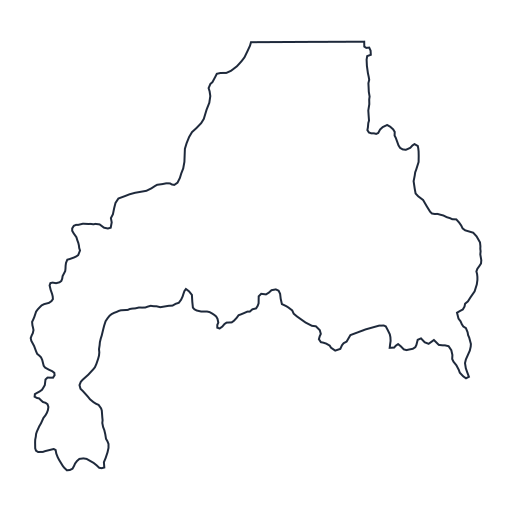 the district of Aurora do Pará, Pará, Brazil
{"feature_id": "56859067B35276359605385", "entity_name": "Aurora do Pará", "entity_type": "district", "adm_level": 2, "iso_a3": "BRA", "parent_name": "Brazil", "parent_adm1": "Pará", "projection": "natural_earth1", "projection_center": [-47.772, -2.26], "detail": "fine", "context": "isolated", "style": "outline", "palette": "slate", "viewbox_px": 512, "rotation_deg": 0, "n_neighbors": 0, "source": "geoboundaries", "source_scale": "gbopen_adm2", "svg_char_len": 5565}
<svg xmlns="http://www.w3.org/2000/svg" viewBox="0 0 512 512"><path d="M418.3,148.6L417.8,146.0L414.5,144.1L412.4,145.5L410.3,147.8L407.7,149.0L405.8,149.8L402.7,149.4L400.1,147.9L398.5,145.4L395.8,137.9L394.6,135.6L394.7,131.9L393.2,129.4L390.2,126.7L387.1,125.0L382.7,127.1L380.1,129.5L378.2,133.0L376.2,133.9L373.8,133.3L371.2,133.3L368.9,132.5L367.4,130.1L367.9,127.4L368.3,123.0L369.0,120.6L368.6,115.1L368.3,110.5L369.3,104.2L369.2,99.4L369.6,96.6L368.8,91.8L368.6,87.1L368.4,83.2L369.2,79.8L368.7,76.8L367.9,73.1L366.9,65.9L366.6,59.6L367.2,56.1L370.8,54.8L370.6,50.7L369.2,47.6L366.3,47.9L364.3,46.6L364.2,41.7L310.3,41.9L308.0,41.9L251.0,42.2L250.0,45.7L247.5,51.1L244.5,57.3L241.7,61.0L239.3,63.7L236.9,66.3L231.0,70.8L226.4,72.9L220.4,73.0L216.8,73.8L215.3,76.8L212.4,82.2L210.4,83.9L208.6,88.1L209.6,91.3L210.3,96.1L209.3,102.8L206.6,109.6L203.8,118.9L201.2,123.1L196.5,128.0L192.0,132.1L189.1,137.0L186.6,143.2L184.9,148.8L184.4,161.9L183.2,168.5L181.3,173.3L179.9,177.9L177.5,182.7L174.3,184.9L171.9,184.5L170.0,183.4L166.3,183.3L162.3,184.1L157.1,184.8L155.0,186.0L151.3,188.4L146.4,190.8L135.0,192.8L129.5,194.3L125.2,196.0L118.4,198.5L115.5,202.9L114.2,208.0L112.9,214.3L110.9,218.1L111.7,222.4L110.7,227.7L107.9,228.5L104.0,227.7L99.6,224.4L95.4,223.9L93.4,224.3L90.7,223.9L88.4,224.0L83.0,223.7L78.1,224.9L76.0,224.9L73.8,225.8L72.2,228.4L72.2,230.8L73.7,233.4L76.4,237.2L77.3,240.2L78.3,242.9L78.9,245.4L79.2,248.0L80.0,250.5L78.2,255.1L76.3,256.4L74.0,257.5L69.8,259.0L67.3,259.7L66.0,262.9L65.6,265.8L65.5,268.5L65.2,271.1L62.6,276.1L62.2,278.7L61.3,281.0L59.5,282.3L56.1,283.2L52.6,282.6L50.4,283.1L49.6,285.4L50.6,289.7L52.1,294.0L52.7,296.4L52.9,299.1L51.5,301.1L48.9,302.9L44.2,304.1L41.6,305.4L39.6,307.4L37.8,309.3L36.1,311.6L34.3,317.0L33.2,319.6L32.1,321.9L32.4,325.2L33.0,327.6L33.5,330.1L32.8,333.2L31.7,335.4L30.7,338.1L31.3,340.8L34.1,346.0L36.1,351.4L37.2,353.9L39.3,355.6L41.0,357.3L42.2,359.9L43.7,365.8L45.1,367.6L48.9,369.7L52.2,371.2L54.3,372.8L54.6,375.2L53.0,377.7L47.5,377.6L45.5,379.5L44.8,385.1L43.5,387.4L42.0,389.8L39.6,391.5L37.0,392.9L34.9,394.1L34.6,396.7L37.0,398.0L39.1,398.4L40.8,400.1L42.9,402.0L45.5,402.8L47.5,404.2L48.4,407.0L47.9,410.1L46.9,412.8L45.4,415.4L43.5,417.8L41.0,423.3L39.3,426.2L36.9,431.5L36.1,433.9L35.8,436.7L35.2,439.7L35.1,442.5L35.2,448.3L36.0,450.7L38.1,452.0L42.9,451.9L45.2,451.1L53.7,449.0L55.6,450.0L56.3,453.6L57.7,457.2L59.1,459.9L62.7,465.8L64.1,467.6L66.9,470.3L69.9,470.0L72.5,468.7L74.0,466.0L75.1,463.5L77.0,461.0L79.4,458.9L83.4,458.4L86.6,458.9L93.6,462.9L96.6,465.3L99.2,467.8L101.6,468.2L104.3,467.5L103.9,462.2L105.6,458.1L107.5,452.4L108.5,447.9L108.5,444.0L107.5,441.4L106.0,438.8L105.3,434.4L104.3,430.1L103.1,427.0L102.3,423.0L102.6,420.3L102.3,417.4L101.8,410.6L101.1,408.4L98.6,404.9L95.9,403.7L93.4,402.1L90.0,399.3L88.0,396.8L85.6,394.1L82.8,391.0L80.5,388.8L79.5,385.1L80.8,381.8L82.6,379.8L88.3,374.7L91.6,371.1L93.2,369.4L94.9,367.3L96.4,363.9L98.1,358.9L99.0,355.6L99.3,352.4L99.0,349.2L99.6,345.3L99.9,342.1L100.8,338.4L101.7,335.6L103.2,329.4L104.2,325.5L105.6,321.2L107.6,318.2L109.6,315.7L111.6,314.1L114.2,312.8L116.7,311.9L118.8,310.9L120.8,310.3L127.8,309.9L129.8,309.0L132.2,308.6L135.2,308.4L139.0,307.5L142.4,307.6L145.3,307.5L147.8,306.6L150.7,305.8L153.4,306.2L156.6,306.3L160.3,307.2L168.7,305.8L172.5,305.6L175.7,303.8L178.8,302.8L181.1,299.7L182.6,296.5L183.4,294.0L184.4,291.1L185.9,289.0L189.0,291.3L191.9,294.9L192.3,301.8L192.9,307.6L194.4,309.3L196.7,310.5L201.0,311.5L206.9,311.5L209.6,312.1L212.3,313.6L214.4,315.0L216.2,316.5L217.5,318.8L218.3,322.6L217.3,324.9L217.3,327.7L219.6,328.5L222.3,326.6L224.5,324.0L226.6,322.6L231.7,322.4L233.9,320.8L236.7,317.8L238.6,315.2L240.6,314.5L244.0,313.1L247.4,311.6L249.8,311.6L252.4,309.3L256.1,308.4L257.7,305.8L258.6,303.3L258.7,296.3L261.2,293.8L266.0,294.4L268.9,292.6L271.5,290.2L275.8,289.4L278.6,290.7L280.1,293.8L280.7,298.8L281.9,304.1L284.5,305.3L286.5,306.3L288.4,307.5L292.2,310.4L293.7,313.7L296.9,316.4L305.5,322.5L311.9,325.8L315.9,326.3L319.8,330.2L320.8,333.9L319.7,336.3L318.9,339.2L320.9,342.2L323.1,342.6L326.2,343.6L329.7,345.6L331.0,347.7L335.2,350.6L340.3,348.9L342.0,345.2L343.6,343.2L346.6,341.6L350.4,335.1L365.6,329.4L379.2,325.6L381.6,325.6L383.7,325.5L385.8,326.4L387.8,330.2L389.8,334.3L390.4,337.2L390.6,340.9L390.1,344.5L389.7,347.8L394.1,347.6L395.8,345.7L398.1,344.1L400.8,346.3L403.8,349.4L406.5,350.1L409.2,349.5L412.8,348.8L415.3,347.2L416.4,344.9L417.7,339.8L421.0,338.4L424.7,342.3L428.6,343.8L431.6,341.7L433.9,340.0L436.6,342.7L438.8,344.9L442.4,345.3L444.8,345.3L448.6,346.2L451.3,350.2L452.4,355.0L452.2,359.0L453.5,361.7L456.4,365.3L458.8,369.9L459.8,372.7L461.3,374.3L463.2,376.3L466.0,378.3L468.9,376.8L466.9,371.4L465.8,368.2L465.0,363.1L465.9,359.4L469.8,350.6L470.7,346.7L470.9,344.0L469.2,337.6L468.1,335.1L467.6,332.3L465.9,328.1L463.3,326.5L461.8,324.2L460.6,321.4L458.5,318.6L457.0,312.7L460.3,310.8L462.8,309.5L464.5,306.6L465.1,303.7L467.9,301.4L470.5,297.3L474.6,291.4L476.8,284.4L477.4,280.0L477.4,276.9L477.1,274.2L476.4,271.4L477.4,268.7L479.1,266.4L481.0,263.5L481.3,260.3L480.3,254.4L480.6,251.3L480.3,248.8L480.4,246.2L480.0,242.4L476.6,236.4L473.2,232.7L465.1,230.3L462.6,228.4L461.2,225.5L459.1,222.5L456.3,219.4L452.2,219.2L449.9,218.1L446.8,217.2L443.4,215.5L440.3,214.7L437.5,213.9L434.8,214.0L431.9,213.5L430.1,211.7L426.7,206.2L423.1,200.0L418.2,196.3L415.6,193.5L414.7,188.6L413.6,181.2L414.7,175.7L415.2,172.3L416.1,169.9L418.6,162.0L418.7,156.0L418.6,151.5L418.3,148.6Z" fill="none" stroke="#1e293b" stroke-width="2"/></svg>